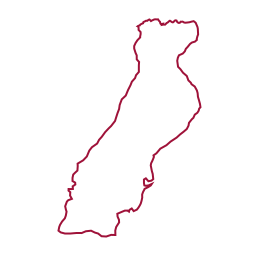 the district of Kritou Marottou, Paphos, Cyprus, rotated 355°
{"feature_id": "46923920B67304422398861", "entity_name": "Kritou Marottou", "entity_type": "district", "adm_level": 2, "iso_a3": "CYP", "parent_name": "Cyprus", "parent_adm1": "Paphos", "projection": "albers", "projection_center": [32.584, 34.945], "detail": "fine", "context": "isolated", "style": "outline", "palette": "rose", "viewbox_px": 256, "rotation_deg": 355, "n_neighbors": 0, "source": "geoboundaries", "source_scale": "gbopen_adm2", "svg_char_len": 2871}
<svg xmlns="http://www.w3.org/2000/svg" viewBox="0 0 256 256"><g transform="rotate(355 128 128)"><path d="M146.5,27.5L146.9,27.7L147.3,29.1L147.1,31.2L148.9,33.5L148.8,35.4L148.0,38.2L148.0,38.8L145.1,41.3L143.0,43.9L141.3,46.9L141.1,49.4L142.1,53.9L143.0,56.4L142.7,60.4L144.8,63.2L144.3,66.3L144.0,69.6L143.7,73.1L140.6,76.1L139.4,78.9L135.9,82.2L134.2,85.6L131.4,90.1L128.6,95.5L124.3,98.9L121.7,104.4L120.8,108.3L118.9,112.2L117.2,116.2L115.7,119.9L111.3,124.6L108.7,126.7L104.9,130.1L101.1,134.5L98.2,137.2L95.9,140.8L90.4,144.0L87.5,147.1L84.5,152.8L80.5,156.3L74.7,159.1L74.6,161.6L73.9,166.0L71.3,168.0L69.4,169.6L68.4,172.8L68.1,176.0L70.6,177.8L70.6,179.7L67.8,181.3L67.8,183.9L65.9,183.9L63.5,183.6L63.3,185.2L64.9,186.9L64.4,190.3L65.9,193.7L62.2,194.7L60.7,196.0L58.6,200.5L59.0,203.7L59.5,206.0L58.4,209.9L57.2,212.5L54.2,215.4L51.9,218.5L50.9,220.5L49.8,224.2L50.6,225.0L52.0,226.2L55.9,227.6L61.3,228.1L67.2,228.1L72.7,228.6L77.0,227.2L82.3,227.1L85.9,229.3L89.0,230.5L92.1,233.4L92.2,233.5L96.9,234.2L101.9,233.0L106.1,233.5L106.4,229.0L107.6,225.6L109.5,223.1L110.9,221.3L111.0,218.6L109.9,215.4L109.9,212.5L114.5,211.0L117.7,210.0L120.2,210.2L121.7,211.4L122.3,209.7L124.7,208.5L126.4,211.3L129.7,210.1L131.4,208.3L132.9,206.3L134.1,204.4L135.2,201.6L136.1,198.6L136.3,195.5L137.4,193.1L138.3,191.7L138.6,191.3L139.2,190.1L142.8,188.7L145.7,187.2L146.8,185.8L143.4,187.0L140.6,187.1L139.3,186.6L139.1,184.2L139.4,180.7L141.4,179.7L143.7,182.8L146.8,182.5L148.7,181.1L148.6,175.9L148.0,172.9L147.4,167.2L148.0,165.1L149.4,162.8L150.4,160.9L151.3,159.0L151.0,157.5L154.1,155.7L158.4,151.4L164.8,148.5L169.3,145.2L175.6,141.8L179.4,138.9L183.0,136.6L186.5,134.1L188.5,130.9L189.2,128.2L192.3,124.9L194.0,123.6L195.7,120.5L198.4,118.9L199.9,116.9L200.6,114.9L202.0,113.6L201.8,110.3L201.2,106.9L200.4,103.0L200.4,99.3L199.9,96.6L198.1,92.5L195.1,89.9L194.5,88.3L192.3,85.8L191.1,81.3L187.6,77.7L185.3,73.9L183.2,71.4L183.1,69.3L182.9,65.3L183.8,62.3L185.1,60.0L189.1,58.6L191.3,56.6L192.5,54.2L194.4,52.5L197.2,49.6L199.2,48.4L202.2,47.8L204.3,46.2L204.2,45.4L205.1,42.8L206.0,40.9L206.2,35.2L206.0,33.4L204.6,29.1L203.6,28.1L202.7,27.3L200.5,27.6L198.4,28.0L196.0,28.1L194.1,28.1L192.9,27.7L192.3,27.2L191.7,26.8L190.4,26.8L189.7,26.7L189.1,27.5L187.9,27.8L186.9,27.3L186.1,26.4L185.7,25.2L185.0,24.9L183.9,25.1L183.0,26.0L182.2,26.6L181.5,26.6L180.8,26.2L179.9,25.4L179.1,24.8L178.2,25.2L177.5,25.8L176.5,26.5L175.6,26.8L174.9,27.5L173.8,28.3L173.4,28.1L172.0,28.1L171.1,28.2L171.7,27.2L169.9,27.4L169.4,26.8L169.1,25.0L168.6,24.4L168.0,23.6L167.4,22.4L166.1,22.3L164.3,22.1L163.4,22.2L162.7,22.5L161.4,22.9L160.2,23.5L158.9,21.8L157.9,22.0L156.5,22.9L155.4,22.7L154.5,23.1L152.6,23.8L152.1,24.9L152.1,25.0L151.4,25.2L150.4,25.5L149.2,26.1L148.8,26.6L148.7,26.8L147.3,27.1L146.8,27.3L146.5,27.5Z" fill="none" stroke="#9f1239" stroke-width="2"/></g></svg>